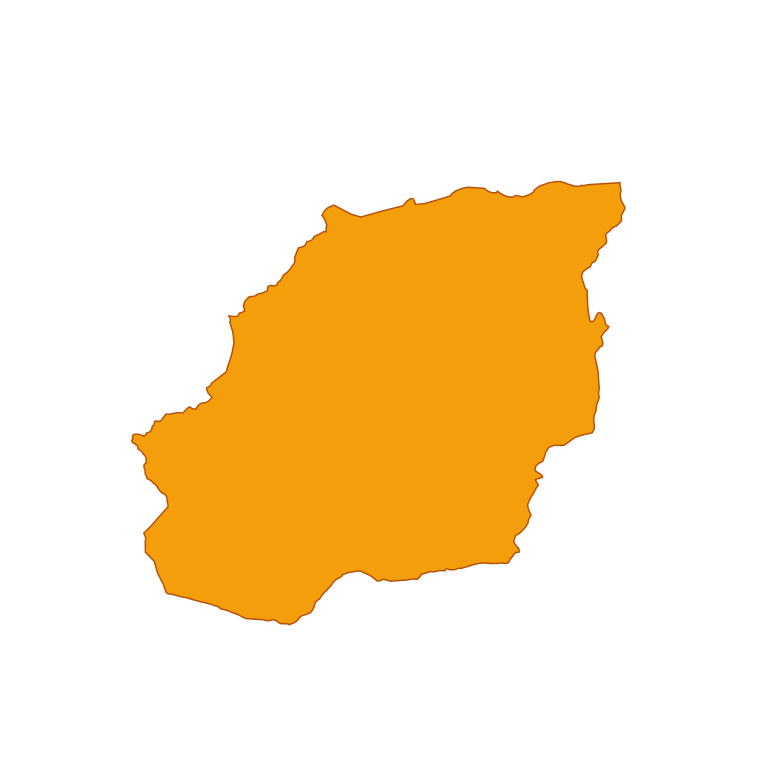 outline of Dorna-Arini, Suceava, Romania, rotated 23°
{"feature_id": "2599482B28497100220682", "entity_name": "Dorna-Arini", "entity_type": "district", "adm_level": 2, "iso_a3": "ROU", "parent_name": "Romania", "parent_adm1": "Suceava", "projection": "robinson", "projection_center": [25.454, 47.364], "detail": "fine", "context": "isolated", "style": "filled", "palette": "amber", "viewbox_px": 768, "rotation_deg": 23, "n_neighbors": 0, "source": "geoboundaries", "source_scale": "gbopen_adm2", "svg_char_len": 6170}
<svg xmlns="http://www.w3.org/2000/svg" viewBox="0 0 768 768"><g transform="rotate(23 384 384)"><path d="M267.6,661.5L269.2,660.7L280.3,659.1L286.1,657.8L289.6,657.5L296.9,656.6L300.0,656.1L301.7,655.9L304.6,655.2L306.5,655.1L307.7,654.8L311.3,654.3L315.0,654.3L315.9,654.0L317.3,653.8L319.5,654.0L320.9,654.7L322.2,654.6L328.4,653.7L333.3,653.7L339.6,653.3L346.5,653.9L349.7,653.5L350.9,653.1L354.1,651.9L356.7,651.1L359.8,649.9L361.2,649.6L363.2,648.7L364.6,648.3L365.8,648.2L367.4,647.9L370.5,646.9L371.2,646.6L372.8,644.9L374.2,644.3L375.1,644.1L375.9,644.1L377.0,643.9L381.2,644.9L382.9,644.8L387.5,643.0L387.7,642.6L388.9,642.5L391.1,642.5L391.9,641.2L392.7,640.8L394.2,639.3L394.7,638.3L396.2,636.5L397.0,634.3L397.7,631.5L398.7,629.7L401.9,626.9L402.9,625.8L404.9,624.1L405.8,622.8L406.4,620.3L406.7,618.3L406.6,615.9L406.1,611.7L407.2,609.0L408.6,607.3L408.9,605.6L409.5,602.1L410.7,598.7L412.1,595.9L414.0,590.0L415.0,585.5L416.5,582.4L419.1,579.4L420.2,577.4L420.6,575.4L423.2,573.1L425.2,571.2L428.8,569.1L430.4,567.9L433.6,566.1L435.8,565.4L438.4,565.6L444.3,565.6L447.6,566.0L454.9,568.0L457.5,566.4L459.9,563.9L467.2,562.9L481.0,555.8L485.9,552.7L490.5,550.9L491.3,550.3L492.2,547.6L493.1,544.3L500.3,538.4L503.5,537.4L507.9,534.2L510.5,533.1L512.8,532.2L513.2,531.6L513.2,530.2L514.0,529.6L515.7,529.3L517.1,529.4L518.6,528.6L520.7,527.8L522.9,526.4L523.4,525.5L525.3,524.1L527.2,523.5L537.0,515.3L540.7,512.5L544.8,510.1L553.7,507.0L557.9,505.1L560.6,503.6L562.5,502.7L565.1,502.1L567.8,500.6L568.3,499.2L568.7,495.8L569.7,492.5L569.9,491.0L570.2,489.7L571.1,487.5L574.0,486.2L573.9,485.1L573.0,483.9L572.3,482.8L570.5,482.0L567.7,480.5L564.8,478.5L564.8,476.8L564.4,473.3L564.8,471.0L566.3,469.5L567.9,466.9L568.5,464.7L570.0,461.3L570.5,458.8L570.8,454.9L570.1,452.8L570.1,450.4L570.7,448.0L570.2,447.0L569.6,446.2L567.2,444.3L564.4,441.0L563.4,439.0L563.3,432.6L563.7,429.7L564.2,427.6L564.7,421.0L565.1,418.8L565.6,416.7L560.7,413.0L561.5,412.0L566.4,408.0L565.8,406.9L564.1,406.1L556.9,404.7L556.2,403.3L555.9,400.0L556.8,397.8L558.1,395.8L560.3,393.0L560.1,387.4L559.9,386.5L559.6,383.2L560.5,378.0L562.8,375.5L565.0,373.7L570.7,371.5L574.0,369.7L580.4,359.0L585.6,354.1L594.7,347.6L595.1,343.2L594.3,340.9L590.7,334.5L589.6,330.2L589.8,327.4L589.0,323.7L587.8,319.9L587.7,316.5L587.5,312.7L586.4,310.7L584.9,308.3L583.9,304.0L578.6,293.8L576.6,289.5L566.9,275.5L566.3,273.0L566.8,270.6L567.8,268.4L568.1,265.8L569.9,263.7L569.9,262.0L569.1,260.1L565.5,255.6L565.6,254.3L566.7,249.9L568.4,245.7L568.4,243.3L566.3,243.1L564.3,242.0L562.0,238.5L557.7,234.8L555.3,233.8L554.3,234.1L553.2,235.2L552.8,238.6L552.6,243.1L551.5,245.1L549.8,245.9L548.0,244.1L545.6,240.6L540.5,231.7L534.4,218.4L531.9,217.4L524.8,209.3L523.5,206.6L523.3,203.2L525.0,199.5L528.1,195.5L528.0,191.5L530.5,188.5L530.9,181.3L529.1,179.3L528.9,177.7L529.7,175.4L533.3,168.0L533.4,166.0L530.4,161.2L529.7,158.9L531.8,155.2L533.5,150.6L536.1,147.8L538.7,141.8L538.1,139.2L536.7,136.4L536.9,131.9L537.2,128.8L536.4,126.9L532.1,123.6L530.1,121.7L527.9,118.4L527.0,115.6L526.2,112.4L524.7,110.7L522.7,107.3L522.6,106.5L493.9,120.8L492.4,121.9L491.1,123.0L490.4,123.3L488.0,124.1L487.6,124.9L486.3,125.8L482.3,127.4L475.3,128.1L470.3,128.3L467.7,128.7L464.7,129.7L457.2,134.3L450.2,140.7L448.3,143.6L446.7,146.5L446.4,149.2L444.2,152.6L438.7,157.5L431.4,159.1L429.4,161.8L424.6,163.3L419.8,163.4L416.4,163.0L413.1,162.1L412.6,164.1L408.6,165.8L404.9,166.0L401.8,165.3L400.2,164.6L384.6,170.0L379.8,173.2L373.8,179.0L374.1,179.8L372.7,181.2L371.9,182.6L371.7,184.7L365.2,190.4L351.0,202.0L342.7,206.5L341.2,204.3L338.2,202.1L336.4,202.7L333.8,206.3L331.8,212.6L316.1,224.5L297.4,239.4L287.4,240.5L274.4,239.5L267.9,238.9L263.5,243.7L261.7,247.2L261.0,253.2L263.9,254.4L269.2,259.9L269.8,263.1L271.3,266.4L269.0,267.3L267.9,268.9L265.9,271.5L264.6,272.6L263.2,274.2L261.9,276.2L261.9,277.9L260.8,280.5L257.5,283.2L257.1,287.5L254.8,290.1L252.2,291.9L252.0,294.7L252.4,302.9L254.0,305.5L254.1,308.6L253.4,310.9L252.9,314.1L251.4,318.8L249.0,322.7L248.3,329.1L246.9,331.2L246.3,335.1L244.4,336.9L241.9,337.1L239.1,339.4L240.1,343.8L237.6,346.8L234.8,349.0L233.8,349.6L232.2,351.2L230.6,353.7L225.8,356.4L224.5,359.7L223.7,362.0L223.8,365.5L224.0,366.8L227.4,371.4L226.1,372.4L224.9,374.1L223.7,374.6L223.2,375.5L222.8,378.6L221.6,379.5L220.5,380.2L214.6,381.9L217.7,384.9L217.8,387.2L224.6,395.4L227.2,399.8L229.9,405.0L231.9,414.4L232.7,420.7L233.2,427.4L234.0,434.5L224.9,450.8L225.1,452.4L224.0,455.0L223.1,456.0L222.2,456.5L222.4,457.1L223.1,458.5L224.0,459.5L225.5,460.9L228.3,462.4L230.1,463.0L230.7,463.7L230.7,464.6L229.6,467.3L228.3,469.7L226.7,471.2L224.7,472.3L222.8,473.6L222.0,474.9L221.2,477.1L220.8,479.5L220.1,480.9L218.5,481.4L217.1,481.5L215.6,481.4L214.0,481.0L212.6,483.0L210.7,488.0L209.9,489.2L209.3,489.7L206.2,490.6L204.6,491.3L201.2,493.6L199.6,494.9L198.3,495.7L196.3,496.4L195.3,496.8L194.9,497.3L194.6,498.5L194.1,500.9L193.5,503.2L193.0,504.8L192.5,505.6L191.9,506.3L190.2,506.8L189.0,506.9L187.9,507.6L187.7,508.0L187.7,509.2L188.2,511.6L188.0,512.0L187.4,512.9L187.2,513.7L187.3,514.3L187.7,515.4L187.8,516.4L187.7,517.8L187.2,519.3L186.6,520.2L184.7,521.9L184.3,522.3L184.3,523.2L184.5,523.7L184.4,524.3L184.0,525.1L183.3,525.5L182.3,525.9L181.5,526.0L178.3,526.0L177.4,526.2L175.5,527.1L173.8,527.8L173.4,528.4L172.9,530.1L173.0,530.9L173.9,531.9L174.2,532.6L173.9,534.6L174.1,535.0L175.0,535.8L176.0,536.3L178.5,536.3L179.5,537.0L180.9,537.1L182.0,538.1L182.8,539.8L185.4,540.3L187.3,540.9L188.9,541.7L189.1,542.2L189.4,542.6L191.0,542.9L191.6,543.1L193.2,544.3L194.8,546.9L195.3,548.0L195.7,549.1L195.6,550.2L194.9,551.3L194.7,552.5L196.4,555.5L197.0,555.8L197.7,556.6L198.2,557.5L198.5,558.6L199.0,559.4L199.8,560.5L200.9,561.3L201.6,562.1L202.3,563.3L202.8,563.5L203.9,563.7L206.0,563.8L207.7,564.1L210.3,565.3L214.1,566.2L215.4,567.4L216.4,567.9L217.2,568.6L220.1,570.2L221.8,570.9L226.1,571.4L226.8,571.8L229.0,573.9L230.2,576.5L233.2,581.1L229.0,593.6L224.6,606.9L221.1,615.1L225.0,618.9L225.8,622.4L230.1,632.1L241.7,636.9L249.5,646.6L259.4,654.9L264.9,661.0L266.8,661.4L267.6,661.5Z" fill="#f59e0b" stroke="#b45309" stroke-width="1.5"/></g></svg>